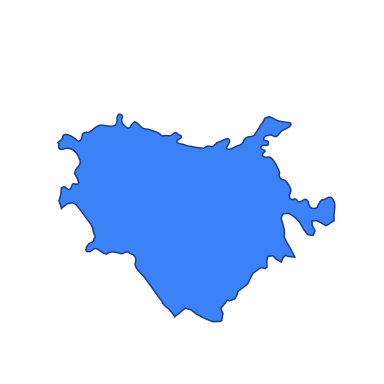 Byalynichy, Mogilev, Belarus, rotated 234°
{"feature_id": "67162791B99339401725810", "entity_name": "Byalynichy", "entity_type": "district", "adm_level": 2, "iso_a3": "BLR", "parent_name": "Belarus", "parent_adm1": "Mogilev", "projection": "albers", "projection_center": [29.744, 53.9], "detail": "fine", "context": "isolated", "style": "filled", "palette": "blue", "viewbox_px": 384, "rotation_deg": 234, "n_neighbors": 0, "source": "geoboundaries", "source_scale": "gbopen_adm2", "svg_char_len": 4812}
<svg xmlns="http://www.w3.org/2000/svg" viewBox="0 0 384 384"><g transform="rotate(234 192 192)"><path d="M255.4,76.6L255.6,78.0L255.7,80.9L255.8,83.6L254.5,87.2L253.6,88.8L251.7,90.1L249.5,90.9L246.0,91.0L242.4,91.1L230.8,91.2L225.5,91.2L221.4,90.6L218.4,89.0L216.2,88.3L213.9,87.8L212.1,87.0L211.9,85.0L210.2,83.8L210.0,82.5L210.5,79.9L210.6,77.6L209.3,74.1L207.5,72.1L205.6,71.9L203.7,74.3L203.6,77.8L203.6,79.8L202.4,81.3L200.0,82.4L197.0,83.5L194.2,84.6L191.9,86.4L192.1,88.6L191.0,90.5L191.0,91.5L190.1,92.8L188.8,94.2L186.9,95.9L185.4,96.9L183.8,98.3L183.0,99.8L182.7,101.4L182.3,103.0L181.4,104.7L180.5,105.2L178.7,105.8L177.4,106.5L175.5,107.6L172.7,107.8L170.6,107.1L168.5,105.2L167.2,103.6L165.2,102.6L162.3,102.3L159.0,102.5L155.8,102.8L153.4,103.3L150.1,103.5L139.7,103.4L126.4,103.2L121.6,103.4L117.8,102.9L113.5,103.7L111.5,104.4L109.7,104.7L106.3,104.8L102.6,104.8L101.2,104.6L101.3,104.8L101.5,111.7L102.0,118.2L97.1,122.0L91.0,123.7L82.8,127.7L74.8,132.6L70.7,138.9L70.4,140.5L71.0,141.1L75.8,145.8L80.8,146.6L82.1,151.3L83.7,157.3L81.8,158.4L80.4,163.9L82.3,167.8L84.5,170.5L84.7,174.9L84.7,178.8L85.0,183.2L88.0,188.7L90.4,193.4L90.4,197.2L90.4,203.5L87.1,206.0L87.1,208.5L92.3,212.1L95.3,215.7L92.8,220.0L88.1,220.6L82.8,223.0L85.3,227.2L85.8,230.5L83.6,231.8L80.6,234.9L78.9,237.0L86.9,238.2L96.8,239.3L101.5,240.2L104.0,242.4L107.5,244.6L113.0,246.8L118.5,248.8L121.0,252.7L117.7,257.9L111.9,260.1L105.0,261.4L95.3,260.3L89.5,260.5L85.7,264.6L88.4,268.8L94.5,269.7L98.0,272.1L95.3,276.3L90.6,278.5L86.1,280.4L85.6,283.1L85.5,289.5L85.2,289.9L87.0,291.3L90.0,293.4L92.4,295.6L94.0,297.0L95.8,298.6L98.2,300.3L99.9,301.1L103.7,301.8L106.1,301.3L107.2,299.7L107.8,297.8L107.9,295.4L108.5,294.1L109.3,292.5L109.0,290.2L108.1,288.1L107.1,286.0L105.9,284.5L106.1,282.5L106.9,281.2L108.3,279.6L110.4,278.5L111.5,279.1L113.9,279.4L115.9,280.3L117.3,280.4L119.1,279.9L119.8,278.7L120.0,277.4L120.2,275.5L120.6,273.1L122.2,272.2L124.9,271.9L125.8,271.3L126.3,270.3L126.6,269.0L128.8,267.4L131.0,268.0L132.9,269.7L133.9,271.9L136.0,273.4L139.0,274.2L142.6,274.5L146.3,274.3L147.9,273.5L149.2,272.1L151.5,271.5L153.5,271.8L155.2,273.1L155.8,274.0L157.6,274.8L160.2,275.2L162.4,275.7L166.3,276.3L169.0,276.4L170.9,276.4L173.0,276.0L174.4,275.5L175.5,274.2L176.4,272.3L178.2,270.7L180.4,270.4L181.7,272.6L181.8,274.7L182.7,275.4L184.6,274.2L186.3,273.3L188.0,274.1L188.3,276.3L187.3,277.9L185.5,280.2L185.6,281.7L187.7,283.3L189.7,282.6L190.7,281.4L192.2,280.6L193.4,281.9L194.0,284.4L193.3,286.3L192.7,287.9L191.3,289.8L189.2,291.0L187.8,291.8L187.3,292.9L187.5,295.3L188.1,297.3L188.7,300.4L188.3,303.4L187.9,305.8L187.5,308.8L187.8,310.6L188.8,312.1L190.0,312.0L191.2,311.3L192.2,310.1L193.5,308.6L195.7,306.4L197.7,304.6L200.0,302.8L201.7,302.0L205.3,300.3L207.7,298.6L208.2,296.9L208.5,295.3L208.9,294.1L207.8,292.4L206.6,289.6L205.8,286.6L204.1,283.4L202.6,279.1L201.2,275.4L202.1,272.2L203.3,270.5L204.1,267.9L203.7,264.9L202.0,262.6L201.6,259.3L202.2,257.1L203.0,254.8L203.7,250.2L204.7,247.0L206.2,245.8L207.4,245.8L208.4,247.8L209.0,249.3L210.6,251.9L212.0,252.9L213.1,252.9L214.1,252.4L215.1,250.4L215.6,247.8L216.2,244.5L216.9,242.5L217.3,241.0L216.8,238.7L216.5,236.7L216.9,234.6L218.9,233.0L220.3,231.0L220.5,227.2L222.8,224.6L226.5,220.7L229.6,217.9L231.5,215.8L235.2,213.3L237.8,210.9L239.1,210.0L240.7,209.1L242.2,209.8L242.5,211.8L242.3,213.4L242.2,215.4L244.3,216.2L245.8,214.9L246.5,214.6L248.0,214.6L249.4,213.9L250.2,212.5L250.0,210.7L250.0,208.2L251.2,206.2L253.1,204.1L254.2,201.8L255.5,200.4L257.9,200.2L259.6,199.5L262.6,197.7L264.3,196.6L266.4,195.1L268.3,193.6L269.6,192.2L270.9,190.9L272.4,189.7L274.1,189.1L275.2,189.0L277.3,188.5L279.5,188.4L282.3,187.1L282.5,185.4L282.0,182.8L281.0,181.0L280.6,179.2L281.6,177.3L283.2,176.9L285.5,176.4L287.4,176.1L289.4,176.1L292.1,177.7L293.5,179.8L295.1,180.4L296.8,180.0L298.0,178.3L297.1,176.2L295.8,174.7L293.2,173.0L291.9,171.4L291.2,168.7L292.3,165.7L294.9,162.6L297.3,160.3L300.0,157.1L300.9,154.0L301.0,150.7L300.8,147.8L300.7,143.8L302.5,141.5L303.4,139.0L303.1,137.2L302.0,136.1L300.3,134.4L299.3,132.1L299.6,130.0L302.6,129.0L304.1,128.7L306.9,127.7L309.1,126.6L311.2,125.3L312.6,124.0L313.6,121.9L313.1,120.1L311.9,119.6L311.0,117.5L310.9,115.2L310.8,112.5L310.7,112.5L308.9,112.5L307.5,111.2L305.7,110.1L303.8,110.6L302.8,112.1L301.7,114.9L300.6,116.9L298.2,119.3L295.3,120.9L291.2,121.4L287.0,120.9L284.6,120.2L283.1,120.0L281.1,118.4L280.0,117.0L279.2,113.7L278.3,110.9L277.2,109.5L276.1,107.9L274.6,107.7L272.6,107.5L270.3,107.1L267.3,106.2L265.6,105.3L265.5,103.9L266.6,102.6L268.2,101.4L268.6,100.0L267.1,97.5L265.9,95.6L266.7,93.2L268.5,92.8L270.7,92.2L271.6,91.7L272.1,88.6L269.2,86.2L266.6,83.8L264.5,81.0L263.1,79.3L261.5,78.6L258.9,78.1L255.4,76.6Z" fill="#3b82f6" stroke="#1e3a8a" stroke-width="1.5"/></g></svg>